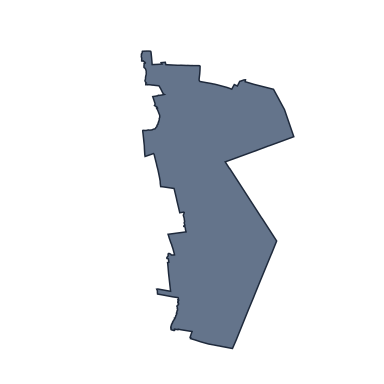 Ripiceni, Botosani, Romania, rotated 30°
{"feature_id": "2599482B27796120382468", "entity_name": "Ripiceni", "entity_type": "district", "adm_level": 2, "iso_a3": "ROU", "parent_name": "Romania", "parent_adm1": "Botosani", "projection": "equal_earth", "projection_center": [27.135, 47.902], "detail": "fine", "context": "isolated", "style": "filled", "palette": "slate", "viewbox_px": 384, "rotation_deg": 30, "n_neighbors": 0, "source": "geoboundaries", "source_scale": "gbopen_adm2", "svg_char_len": 5605}
<svg xmlns="http://www.w3.org/2000/svg" viewBox="0 0 384 384"><g transform="rotate(30 192 192)"><path d="M305.3,307.3L304.2,297.4L304.0,296.2L299.7,265.6L297.9,251.6L297.8,251.2L297.7,250.5L295.7,236.0L291.7,205.8L291.7,205.4L289.8,192.1L265.8,179.8L265.1,179.6L264.4,179.2L225.4,159.2L213.7,153.2L212.9,152.8L212.3,152.7L205.7,149.3L227.4,123.4L234.9,114.2L236.2,112.8L252.5,93.2L230.9,74.4L221.3,68.5L220.9,68.2L211.2,62.3L191.8,67.8L182.9,69.9L182.2,68.1L180.9,69.0L178.8,71.5L178.0,72.3L178.3,77.5L174.9,77.8L175.0,83.1L172.9,83.4L169.8,84.0L160.1,86.6L157.7,87.3L156.8,87.6L156.2,87.9L155.0,88.2L153.9,88.6L149.0,90.4L147.3,91.0L144.0,92.2L143.5,92.3L143.3,92.2L143.0,92.1L142.6,91.9L142.4,91.7L142.1,91.3L141.8,90.9L141.5,90.2L139.7,86.0L138.0,82.5L136.1,79.0L135.5,78.9L135.3,78.9L135.0,79.0L133.2,80.0L130.4,81.6L127.4,83.3L125.4,84.3L123.9,85.2L118.9,87.8L118.0,88.4L115.9,89.6L105.7,94.8L104.0,93.0L100.6,95.4L101.4,95.9L102.0,96.2L98.8,98.4L93.8,101.6L91.8,98.7L89.7,95.7L86.8,91.7L86.4,91.2L86.0,90.9L85.8,90.8L85.3,91.0L84.0,91.6L82.8,92.3L78.7,94.9L78.8,95.5L79.0,95.8L79.2,96.1L79.3,96.3L79.2,97.3L79.2,97.7L79.4,98.2L79.6,98.2L79.8,98.6L80.0,99.3L80.2,99.8L80.8,100.6L81.0,100.7L81.4,101.0L82.9,103.7L83.1,103.7L83.4,103.5L83.7,103.4L84.0,102.9L84.3,102.8L84.5,102.9L84.6,103.0L86.0,103.1L86.7,103.3L87.0,103.4L87.1,103.5L87.1,103.8L87.0,104.0L86.7,104.2L86.3,104.5L86.2,104.6L86.8,105.5L87.0,106.1L87.7,107.4L87.9,107.9L88.2,108.1L88.4,108.2L89.3,108.3L90.1,108.6L90.3,108.8L90.7,109.1L91.4,109.7L92.1,110.5L92.5,111.3L93.3,112.5L93.5,113.0L93.7,113.6L94.0,114.8L94.3,115.6L94.6,116.3L95.3,117.5L95.4,118.5L95.6,119.1L96.0,119.5L96.7,120.0L97.1,120.2L97.8,120.4L97.5,120.7L98.3,122.2L100.0,121.3L101.2,120.5L102.2,120.1L102.7,119.8L103.7,119.5L105.5,118.6L106.6,118.2L108.6,117.3L109.7,116.8L110.4,116.6L110.6,116.7L113.5,118.4L117.1,120.8L117.5,121.0L118.5,121.4L119.2,121.4L116.9,123.5L115.7,124.4L115.5,124.6L114.8,124.9L114.4,125.1L114.3,125.6L114.1,125.9L113.9,126.1L113.3,126.5L112.7,127.1L110.3,129.0L115.7,133.8L115.9,134.1L116.4,135.4L116.3,135.9L117.8,135.9L118.4,135.8L118.7,135.9L119.5,136.1L120.1,136.5L119.4,137.1L121.1,138.1L121.8,138.6L124.1,140.5L125.3,141.4L126.0,142.2L126.5,143.1L126.8,143.8L126.9,144.8L127.4,145.5L127.6,146.0L127.8,146.9L127.8,147.7L127.9,147.8L128.0,147.9L128.1,148.1L128.2,148.6L128.2,148.8L128.1,149.1L128.2,149.6L128.6,150.1L128.6,150.3L128.6,150.6L128.4,151.4L128.3,151.7L128.4,152.0L128.8,152.6L128.9,152.8L128.5,154.1L128.5,155.2L128.4,155.8L128.2,156.0L127.8,156.3L127.5,156.6L127.1,157.0L126.3,158.2L125.0,159.2L124.2,159.7L123.3,160.0L122.6,160.6L121.8,161.4L120.3,162.4L119.6,162.6L118.7,163.1L118.6,163.4L118.9,163.9L120.6,166.2L127.5,175.7L129.4,178.7L131.4,181.7L132.4,183.2L133.6,184.7L138.3,179.3L139.3,178.0L140.3,178.3L145.2,183.4L146.8,185.0L148.5,186.9L151.4,189.8L156.2,195.2L158.0,197.3L159.2,198.8L160.2,200.4L162.2,203.0L164.1,202.1L173.7,198.3L174.7,197.9L181.7,205.3L183.1,206.9L184.9,208.8L191.8,216.1L194.7,213.7L195.1,213.6L195.5,213.6L195.6,213.8L195.7,214.2L195.7,214.4L195.9,215.1L195.9,215.5L196.0,215.9L196.0,216.3L196.1,216.5L196.5,216.9L197.5,217.8L198.4,218.7L199.1,219.7L200.4,221.3L200.6,221.8L200.5,222.0L200.6,222.6L202.2,224.1L202.5,224.4L202.5,224.6L202.2,224.9L202.1,225.1L202.0,225.4L201.9,225.5L202.1,225.9L202.3,225.8L202.9,225.7L203.1,225.7L203.4,225.8L204.5,226.9L204.9,227.5L205.3,228.0L206.8,229.5L192.4,240.6L194.0,242.0L195.0,243.0L198.8,246.3L200.0,247.3L200.5,247.5L201.4,248.5L203.7,250.5L208.0,254.8L208.3,255.2L207.0,256.1L205.6,256.9L204.7,256.5L204.4,256.5L204.1,256.5L202.8,256.7L202.6,256.8L202.4,257.2L202.3,257.4L202.4,257.6L202.5,258.0L203.0,258.7L203.2,259.0L203.2,259.5L203.2,260.1L203.1,260.5L203.0,261.0L203.0,261.4L203.3,261.8L203.5,262.1L204.7,261.7L204.8,261.7L205.0,261.8L207.1,264.4L207.0,264.6L206.1,265.3L207.2,266.7L212.4,274.2L223.1,288.7L210.9,293.1L210.0,293.8L211.0,294.5L211.5,295.0L212.4,296.5L213.2,297.6L217.3,296.1L228.1,292.3L232.8,290.4L232.9,290.5L233.1,290.6L233.4,290.9L233.5,291.2L233.5,291.3L233.9,291.7L233.8,291.8L233.7,292.1L234.0,292.3L234.6,292.4L234.6,292.6L234.4,292.8L234.4,293.0L234.2,293.0L234.8,293.6L234.9,293.8L234.6,294.2L234.8,294.5L234.9,294.8L235.2,295.1L235.4,295.0L235.5,294.9L235.6,295.1L235.9,295.2L236.1,295.3L236.2,295.6L236.3,295.8L236.4,296.0L236.5,296.2L236.3,296.6L236.4,296.9L236.2,297.2L236.1,297.5L236.0,297.9L236.0,298.1L236.0,298.4L236.2,298.7L236.5,298.8L237.1,299.4L237.4,300.1L237.5,300.3L238.0,300.5L238.1,300.9L238.5,301.4L238.6,301.6L238.6,301.8L238.5,302.1L238.5,302.4L238.5,302.7L238.8,303.0L239.0,303.8L239.0,304.4L239.1,304.5L239.6,304.9L239.4,305.1L239.5,305.2L239.6,305.4L239.9,306.3L239.9,307.0L239.8,307.3L239.9,307.5L240.0,307.8L240.0,308.0L240.2,308.4L240.2,308.6L240.3,308.8L240.3,309.2L240.2,309.4L240.2,309.6L240.0,309.8L240.4,310.0L240.5,310.2L240.3,310.6L240.2,310.9L240.4,311.2L240.4,311.4L240.3,311.7L240.3,312.5L240.2,312.6L240.3,313.1L240.3,313.7L240.2,314.1L240.2,314.3L240.5,314.7L240.5,314.9L240.4,315.4L240.6,315.6L240.6,315.8L240.6,316.0L240.4,316.5L240.4,316.8L240.6,317.1L240.7,317.5L240.8,317.7L240.8,318.0L240.9,318.6L241.0,318.8L241.2,319.1L241.1,319.3L241.2,319.6L241.3,319.8L241.5,319.9L241.5,320.0L241.6,320.3L241.9,320.3L242.0,320.3L242.1,320.5L242.4,320.9L242.5,321.1L242.3,321.2L242.4,321.4L242.9,321.7L245.6,321.0L245.5,320.6L246.0,320.4L245.4,319.5L245.5,319.4L248.7,318.3L248.6,317.7L250.8,317.0L261.8,312.8L263.0,318.8L263.7,318.7L263.8,318.7L263.9,318.8L264.0,319.7L268.6,318.6L274.4,317.4L282.2,315.4L305.3,307.3Z" fill="#64748b" stroke="#1e293b" stroke-width="1.5"/></g></svg>